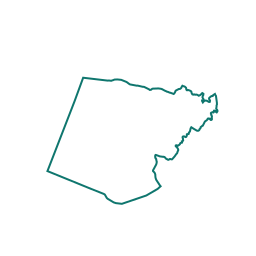 map outline of Homs (Hims) (Equal Earth projection), rotated 145°
{"feature_id": "SYR-139", "entity_name": "Homs (Hims)", "entity_type": "Province", "adm_level": 1, "iso_a3": "SYR", "parent_name": "Syria", "parent_adm1": "", "projection": "equal_earth", "projection_center": [37.187, 34.261], "detail": "fine", "context": "isolated", "style": "outline", "palette": "teal", "viewbox_px": 256, "rotation_deg": 145, "n_neighbors": 0, "source": "natural_earth", "source_scale": "10m", "svg_char_len": 4687}
<svg xmlns="http://www.w3.org/2000/svg" viewBox="0 0 256 256"><g transform="rotate(145 128 128)"><path d="M49.8,106.4L48.7,106.0L47.8,105.1L46.8,103.0L46.1,102.5L45.2,103.2L45.0,103.7L45.0,104.8L44.9,105.4L44.4,105.9L44.0,106.1L41.3,106.3L41.0,106.1L40.5,105.7L40.3,105.6L40.0,105.7L39.5,106.0L39.3,106.1L37.3,106.0L37.5,105.3L37.5,104.2L37.6,103.7L40.7,97.7L41.7,96.2L41.9,96.1L42.2,95.9L42.4,95.8L42.6,95.6L43.3,94.6L44.4,93.5L44.6,93.3L44.7,93.2L44.7,92.6L44.6,92.1L44.6,91.9L44.6,91.6L44.7,91.1L44.9,90.7L45.0,90.5L45.2,90.4L45.5,90.2L46.4,89.9L46.7,90.5L46.5,90.8L46.2,91.2L46.2,91.4L46.2,91.5L46.3,91.5L46.5,91.5L46.8,91.9L47.2,92.6L47.4,92.8L47.6,92.9L47.9,92.7L48.4,92.0L48.5,91.8L48.8,91.7L49.1,91.7L49.3,91.8L49.7,92.5L51.1,92.8L51.5,92.7L51.9,92.1L52.0,92.0L52.0,91.9L52.0,91.4L52.0,91.2L52.4,90.7L52.5,90.3L52.4,90.0L52.5,89.5L53.6,88.2L53.9,87.5L54.3,87.0L54.4,86.9L54.5,86.9L54.9,86.8L55.0,86.8L55.3,86.9L55.5,87.0L55.7,87.3L55.7,87.5L55.5,87.8L55.4,88.0L55.3,88.3L55.4,88.5L55.5,88.5L55.8,88.6L56.0,88.6L56.2,88.8L56.2,89.3L56.3,89.4L56.5,89.6L56.9,89.8L57.1,89.9L57.3,89.9L57.6,89.8L58.1,89.4L59.1,89.2L61.3,89.2L64.8,87.3L65.2,87.1L65.3,87.2L65.6,87.2L66.0,87.1L66.3,87.1L66.6,87.1L68.0,87.0L68.1,86.9L68.7,86.3L69.0,86.2L69.3,86.1L69.7,86.1L69.9,86.1L70.1,86.0L70.7,85.5L71.0,85.4L71.3,85.4L71.8,85.4L72.3,85.6L73.0,86.2L73.2,86.5L74.6,89.6L75.7,92.3L76.6,91.9L76.9,91.8L79.1,89.8L79.4,89.6L79.8,89.5L80.5,89.4L80.8,89.3L81.4,88.6L81.5,88.4L81.9,88.4L82.0,88.4L82.4,88.6L82.5,88.7L82.6,88.8L83.0,88.9L83.4,89.1L83.5,89.0L83.6,88.7L84.0,88.2L85.0,87.5L85.3,87.4L85.5,87.4L85.8,87.4L86.0,87.5L86.3,87.9L86.5,88.4L86.7,88.8L86.8,88.9L86.9,89.0L87.0,89.1L87.4,89.3L87.9,89.5L88.1,89.5L88.2,89.4L88.5,89.2L88.7,88.9L88.8,88.8L88.9,88.5L89.1,87.8L89.1,87.7L89.5,87.2L89.7,86.6L89.8,86.4L89.9,86.2L90.1,86.1L90.3,86.0L90.8,86.0L91.5,86.2L91.7,85.8L91.7,85.7L91.8,85.5L92.0,85.1L92.3,85.0L92.5,85.1L92.9,85.4L93.3,85.5L93.7,85.6L94.0,85.5L94.3,85.3L94.7,85.0L94.9,84.9L95.0,84.9L95.3,84.9L95.9,84.8L96.1,84.8L96.5,84.9L97.0,84.8L97.4,84.9L97.5,85.0L97.9,85.8L98.1,86.0L98.4,86.2L98.7,86.3L98.9,86.3L99.0,86.2L99.3,85.9L99.3,85.7L99.3,85.3L99.1,84.6L99.0,84.3L99.0,82.8L99.1,82.0L99.2,81.8L99.4,81.3L99.4,81.2L99.6,81.0L99.9,80.8L100.8,80.3L102.2,79.2L102.5,79.1L103.1,79.0L103.3,79.0L103.9,78.8L106.0,78.0L109.7,77.1L109.8,77.1L110.0,77.1L110.4,77.4L110.6,77.6L111.1,78.3L111.4,78.5L111.5,78.6L111.9,78.6L112.8,78.7L113.0,78.7L113.3,78.9L113.3,79.0L113.5,79.3L113.7,79.5L113.8,80.0L114.2,80.4L114.3,80.6L114.5,81.4L114.5,81.8L114.6,82.4L114.7,83.2L114.8,83.3L115.0,83.6L115.3,84.0L115.6,84.1L118.1,86.4L118.4,86.7L118.8,87.4L120.5,89.8L120.8,90.1L121.0,90.1L121.4,89.9L121.5,89.8L122.3,88.8L122.4,88.6L122.4,88.3L122.6,88.1L122.7,87.8L122.7,87.7L122.8,87.5L122.8,87.2L122.7,86.6L122.8,86.5L122.8,86.4L123.0,85.9L123.2,85.3L123.3,85.2L123.5,84.9L123.6,84.7L123.7,84.1L123.9,83.7L125.1,82.5L125.9,81.9L131.7,79.0L132.0,78.7L132.2,78.4L131.9,76.5L131.9,76.0L132.0,75.5L132.1,75.0L132.3,74.3L132.5,74.0L133.6,72.2L134.0,71.4L134.4,70.1L134.6,69.2L134.8,62.6L134.7,61.6L138.6,61.1L151.7,62.2L176.5,69.4L181.0,73.4L182.4,75.3L185.3,81.8L185.4,82.4L185.5,82.9L185.2,86.3L185.2,86.9L185.5,87.5L185.6,87.8L193.1,99.2L218.7,138.9L156.4,180.6L145.5,188.2L135.9,194.9L117.6,178.6L116.2,177.7L115.1,176.7L114.8,176.5L114.4,176.2L114.2,176.2L113.5,176.0L113.0,175.8L111.3,175.4L110.6,175.0L110.2,174.7L108.9,173.9L105.9,171.3L102.9,166.7L102.6,165.9L102.4,165.6L102.2,164.7L102.0,164.2L101.6,163.0L101.3,162.5L97.0,158.1L96.6,157.7L95.8,157.2L92.2,153.2L91.5,152.7L91.2,152.4L88.9,148.2L88.7,147.8L88.4,147.1L88.4,146.8L88.3,146.7L88.0,146.5L87.1,146.1L86.3,146.2L85.8,146.2L85.6,146.2L85.1,146.0L80.8,143.2L80.7,143.2L80.0,142.6L78.4,141.1L78.2,140.7L77.8,140.2L77.6,140.0L77.6,139.8L77.5,139.6L77.1,138.8L77.0,138.6L76.7,138.0L76.4,137.4L75.7,136.3L75.4,135.6L75.1,135.3L74.3,134.3L73.7,133.2L73.1,132.6L72.1,131.2L71.9,130.9L71.3,130.0L71.1,129.7L70.9,129.7L70.5,129.7L69.2,130.2L67.6,131.2L67.1,131.2L64.0,130.8L63.2,130.3L62.9,130.2L61.9,130.2L61.2,130.4L60.1,131.1L59.2,131.4L58.9,130.8L57.9,129.6L57.6,128.8L57.4,127.6L57.7,126.9L58.1,126.2L58.2,125.4L58.0,125.0L57.7,124.9L57.4,124.9L57.1,124.8L56.6,124.2L55.6,122.7L55.4,122.3L55.3,121.8L55.3,121.3L55.5,121.0L55.6,120.7L55.8,120.3L55.9,119.3L56.0,118.7L55.7,118.2L55.0,117.6L54.7,117.7L54.4,117.5L53.7,116.6L53.0,116.3L52.4,115.7L51.9,114.9L51.6,113.9L51.0,113.7L49.8,113.6L48.5,113.7L47.5,114.0L47.4,114.0L47.1,114.0L46.6,112.8L47.3,111.9L48.6,111.2L49.4,110.4L49.6,109.5L49.6,108.6L49.7,107.9L50.3,107.5L51.0,107.7L51.5,108.1L51.8,107.8L52.0,106.0L50.9,106.3L49.8,106.4Z" fill="none" stroke="#0f766e" stroke-width="2"/></g></svg>